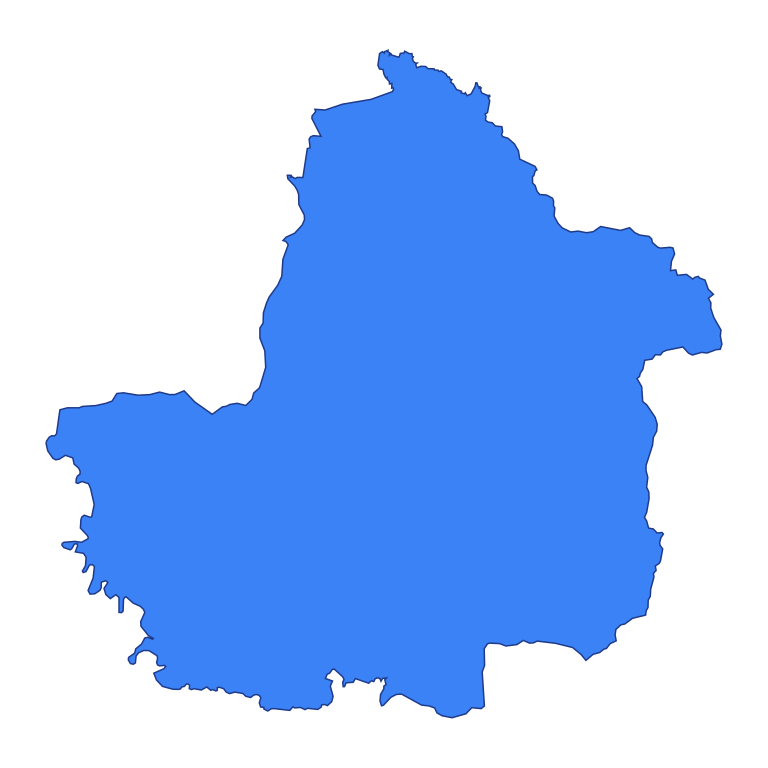 Ban Na San, Surat Thani, Thailand
{"feature_id": "78962969B68387758575746", "entity_name": "Ban Na San", "entity_type": "district", "adm_level": 2, "iso_a3": "THA", "parent_name": "Thailand", "parent_adm1": "Surat Thani", "projection": "albers", "projection_center": [99.379, 8.833], "detail": "fine", "context": "isolated", "style": "filled", "palette": "blue", "viewbox_px": 768, "rotation_deg": 0, "n_neighbors": 0, "source": "geoboundaries", "source_scale": "gbopen_adm2", "svg_char_len": 5993}
<svg xmlns="http://www.w3.org/2000/svg" viewBox="0 0 768 768"><path d="M59.9,409.8L56.5,433.9L54.6,435.9L51.6,435.8L49.2,437.2L46.5,441.1L46.1,443.7L47.8,450.9L52.9,458.3L55.7,459.8L59.2,459.2L65.4,455.3L72.8,457.9L74.1,464.1L78.7,468.2L80.2,471.6L79.9,474.2L77.5,476.0L76.3,478.6L76.0,482.7L77.9,483.4L82.0,481.5L88.5,483.7L90.6,488.6L94.2,504.5L91.7,516.7L90.3,517.3L84.2,515.2L81.8,517.0L80.9,519.7L80.4,528.1L87.3,535.5L88.3,537.5L87.8,538.9L81.5,542.3L74.9,541.4L64.0,542.3L62.3,543.3L61.9,545.1L63.9,547.6L70.1,549.8L71.8,548.7L74.4,544.0L77.1,543.8L77.6,545.8L75.3,551.9L83.5,553.3L86.1,557.3L85.5,565.7L82.4,571.0L83.2,572.5L86.0,571.6L89.5,565.0L92.4,564.6L94.4,566.5L93.1,578.1L88.1,590.5L90.0,594.1L94.8,593.8L100.1,590.2L101.2,587.6L101.3,582.2L105.9,580.7L107.8,582.6L104.0,588.4L105.8,594.5L110.3,598.6L115.9,594.7L119.0,597.4L119.0,612.4L121.6,612.6L123.1,611.1L123.5,599.7L124.4,597.6L126.1,596.8L133.2,603.1L140.3,606.3L143.5,609.4L144.8,612.5L140.7,621.6L141.0,626.3L148.5,635.7L153.4,638.4L152.6,639.2L147.6,637.3L144.8,638.0L141.6,644.0L135.8,648.8L134.6,653.2L128.6,657.4L128.3,659.9L130.4,663.6L133.4,664.2L135.4,662.9L136.1,656.0L138.6,652.8L143.7,650.5L149.0,650.6L157.0,655.7L157.6,658.2L156.6,662.5L157.6,665.0L159.7,665.9L164.3,665.4L165.7,666.4L163.9,668.7L153.8,673.2L156.5,680.0L162.5,686.4L172.7,689.2L178.2,689.4L180.4,689.0L181.9,686.9L184.2,686.5L186.4,684.1L188.2,684.0L189.6,685.4L189.3,688.6L191.3,689.6L194.0,688.7L201.3,690.0L206.8,687.0L210.7,690.3L212.7,689.6L215.8,690.9L217.2,690.5L217.2,687.8L219.1,687.2L223.7,688.7L226.1,692.0L229.6,693.6L235.0,692.1L242.9,693.5L245.8,696.3L250.7,697.5L253.7,695.1L256.4,694.5L259.1,695.3L260.8,697.6L259.3,702.9L260.6,707.0L263.8,707.4L263.9,709.0L267.8,711.0L271.2,708.8L274.1,708.6L289.8,710.4L292.9,706.9L294.7,707.9L300.6,707.5L305.0,709.6L307.4,708.3L317.8,709.4L321.1,707.2L321.7,704.9L324.9,704.5L327.4,705.6L331.7,701.7L333.1,696.4L330.3,686.1L332.5,681.0L325.4,678.5L327.2,674.2L329.6,673.2L332.3,669.5L334.2,669.0L342.8,676.9L344.0,679.6L342.7,682.2L343.2,686.7L344.5,686.6L346.1,682.8L353.2,682.3L355.4,678.6L368.7,683.2L371.3,680.8L373.8,681.6L375.1,678.9L377.3,677.7L379.9,678.6L381.0,681.2L382.6,678.4L386.5,678.0L384.8,679.8L386.0,684.7L383.9,686.0L383.8,688.9L380.6,694.4L380.0,700.9L381.5,705.8L383.5,705.2L391.0,697.2L396.5,694.4L401.6,694.1L421.6,705.1L428.8,705.9L434.6,707.9L437.0,712.9L442.2,715.8L452.1,717.7L465.9,713.8L471.8,707.7L481.2,708.6L484.4,706.0L482.2,672.0L484.6,665.3L484.2,648.8L487.4,643.9L489.5,643.1L499.7,643.6L505.9,646.0L516.9,644.6L523.3,640.4L529.5,643.1L533.3,642.9L537.2,641.1L555.5,643.3L572.6,647.5L581.2,654.6L585.9,660.4L593.1,654.3L599.7,652.5L603.9,649.1L606.4,648.5L610.1,643.7L616.2,640.8L615.1,635.0L615.9,629.4L620.9,624.8L624.8,624.0L632.5,618.3L645.6,615.1L646.2,610.7L648.0,607.5L648.2,600.2L650.3,596.3L650.7,589.1L653.9,577.3L653.5,573.4L656.1,570.4L655.3,566.0L659.3,563.3L660.5,560.8L662.7,548.9L660.1,545.4L659.6,542.8L660.9,537.7L663.4,534.1L662.1,532.5L657.2,533.0L653.2,528.9L648.6,528.1L646.6,520.8L644.5,517.5L646.7,512.2L649.1,498.5L648.8,492.0L646.6,487.1L647.8,477.5L646.0,470.5L646.1,465.3L652.5,445.4L653.4,437.3L656.7,431.1L657.2,424.2L655.2,417.4L646.8,404.9L642.7,401.5L641.7,386.7L637.0,378.5L639.5,376.5L640.2,373.4L642.9,369.2L644.7,360.3L652.1,359.1L655.4,354.7L660.5,354.9L662.8,351.9L666.4,350.3L682.9,347.0L688.6,353.2L692.4,355.0L701.5,352.4L707.1,353.0L716.1,349.7L720.2,349.3L721.9,344.2L720.3,335.9L721.0,330.1L713.8,317.5L710.7,308.1L710.9,302.8L708.4,298.3L713.4,294.3L708.3,289.3L705.0,280.1L699.5,278.0L698.3,276.4L694.8,277.3L692.8,279.1L686.5,274.4L677.3,275.3L675.8,269.9L670.5,270.6L671.5,261.2L674.6,254.0L673.0,248.0L670.1,247.3L660.5,248.1L657.7,247.2L652.4,242.5L651.6,238.8L649.0,236.4L639.5,235.0L634.7,232.6L629.6,227.7L620.6,230.4L600.6,226.5L593.3,231.7L586.5,232.7L577.9,231.1L570.8,232.0L562.2,227.9L558.0,223.3L554.1,216.1L554.8,207.8L553.5,206.0L553.6,201.1L552.5,198.2L546.4,195.0L539.7,194.5L537.1,191.4L535.1,185.5L532.6,183.1L532.5,176.5L533.8,175.7L535.2,170.8L536.9,169.9L535.1,166.4L519.8,159.2L518.4,150.8L514.4,143.9L507.9,138.2L502.6,136.6L501.6,134.5L502.6,131.7L501.9,126.7L495.3,126.0L492.3,122.7L488.1,122.1L485.5,120.2L486.0,116.4L485.1,114.0L487.5,112.6L489.7,100.8L488.2,97.2L489.8,96.6L489.6,95.3L488.0,95.6L481.8,93.0L480.5,90.0L481.1,88.0L479.4,88.2L480.0,86.9L478.3,86.7L477.0,82.9L475.8,82.8L475.1,86.4L471.2,93.8L467.2,95.7L465.3,92.7L464.5,93.8L461.2,92.8L461.5,91.3L456.5,89.5L453.3,84.1L450.6,82.1L451.8,79.6L450.4,79.5L449.2,77.0L447.6,76.9L446.1,74.1L441.2,70.8L439.0,71.5L438.1,70.2L434.6,70.0L434.1,68.8L427.8,68.6L425.7,66.5L421.0,66.3L416.7,67.7L415.7,64.4L417.1,63.1L415.5,63.1L413.1,61.1L412.5,58.2L413.3,56.8L412.3,56.4L411.9,53.6L409.4,53.7L404.7,51.2L404.0,53.0L400.3,53.4L399.2,56.8L398.0,57.0L391.6,55.0L391.0,53.8L389.4,55.2L389.8,52.9L387.8,51.6L388.0,50.3L384.5,51.7L384.2,53.0L382.4,51.7L379.6,53.5L377.9,65.2L379.5,69.0L383.0,69.5L383.9,74.0L385.7,77.8L387.0,77.3L387.0,79.1L389.3,81.5L389.5,84.0L391.9,83.5L391.7,88.1L392.9,87.7L393.6,89.0L392.5,91.6L370.9,99.4L342.4,104.2L325.1,110.0L314.9,109.3L315.7,111.6L312.1,115.9L311.9,118.5L321.0,136.3L313.2,135.7L310.5,136.9L309.1,139.2L310.1,147.8L307.3,148.6L302.9,177.5L297.2,177.4L295.1,178.6L292.5,177.0L290.6,177.2L291.6,176.0L291.0,175.3L287.3,175.3L287.9,178.8L294.6,185.9L297.1,190.0L298.6,194.2L298.9,204.7L304.3,215.1L304.5,219.7L302.2,225.0L294.7,233.2L286.2,237.1L283.0,240.5L286.0,241.5L288.2,244.8L282.9,259.3L281.8,276.2L277.7,285.3L269.3,296.8L266.6,302.7L263.4,312.8L263.1,323.1L259.9,328.1L259.9,338.1L264.8,350.8L265.7,367.4L260.1,386.0L259.2,388.1L253.7,393.0L252.1,399.2L245.8,405.5L237.2,403.3L229.7,404.5L226.6,406.2L222.3,406.9L212.2,414.3L194.8,402.0L184.1,390.8L175.1,394.5L169.5,394.6L159.6,392.1L149.9,394.6L138.2,395.2L123.5,392.8L116.8,393.5L112.1,401.1L105.6,403.4L95.7,405.6L82.5,406.4L79.2,407.8L67.5,407.8L59.9,409.8Z" fill="#3b82f6" stroke="#1e3a8a" stroke-width="1.5"/></svg>